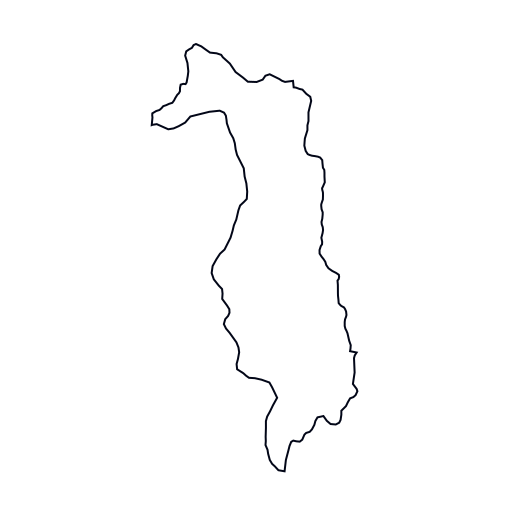 Sipitang, Sabah, Malaysia (orthographic projection), rotated 354°
{"feature_id": "92858781B73026696392194", "entity_name": "Sipitang", "entity_type": "district", "adm_level": 2, "iso_a3": "MYS", "parent_name": "Malaysia", "parent_adm1": "Sabah", "projection": "orthographic", "projection_center": [115.715, 4.645], "detail": "fine", "context": "isolated", "style": "outline", "palette": "ink", "viewbox_px": 512, "rotation_deg": 354, "n_neighbors": 0, "source": "geoboundaries", "source_scale": "gbopen_adm2", "svg_char_len": 3140}
<svg xmlns="http://www.w3.org/2000/svg" viewBox="0 0 512 512"><g transform="rotate(354 256 256)"><path d="M255.9,471.4L261.9,473.1L264.4,462.0L268.0,452.5L269.5,448.4L271.6,444.5L273.8,443.5L276.7,444.5L280.1,445.2L282.8,443.5L285.5,438.7L287.4,437.2L291.0,436.5L293.5,434.3L296.4,430.0L297.8,426.3L300.3,422.9L306.3,422.2L309.2,427.3L312.6,430.9L317.7,431.9L321.3,430.5L323.0,427.8L324.3,422.7L324.7,418.8L329.8,414.7L332.0,411.1L334.7,407.4L338.1,406.5L340.5,404.8L342.7,401.1L342.2,398.7L339.0,393.4L341.9,382.2L342.8,367.8L343.8,365.2L346.0,362.5L345.7,362.4L339.6,360.5L340.3,357.9L340.9,354.6L339.8,350.0L338.9,342.4L338.1,339.7L337.3,337.7L336.9,334.9L337.3,331.0L337.9,328.4L339.2,325.8L339.8,324.1L339.8,320.6L339.0,318.0L338.1,316.3L335.6,314.6L334.4,313.2L333.3,311.5L333.4,308.4L333.4,304.0L333.6,301.4L334.4,293.3L334.5,289.0L335.8,287.6L336.5,285.4L336.4,283.3L333.9,281.2L330.2,278.8L326.8,275.8L324.9,272.3L324.3,269.0L322.7,265.9L321.2,263.6L319.5,260.3L319.8,256.7L321.5,252.9L322.9,251.3L323.3,248.8L322.9,244.7L324.6,240.2L325.4,237.2L325.4,234.3L324.7,231.5L324.7,229.0L325.8,225.9L326.6,222.0L326.9,219.5L326.1,216.3L326.1,212.9L326.3,211.4L327.3,209.1L328.4,206.8L328.9,203.3L329.2,200.2L329.1,198.8L328.8,197.1L328.8,195.5L329.8,194.0L332.1,189.9L332.4,184.1L332.8,180.3L332.9,177.5L331.8,175.2L331.8,170.6L331.9,167.6L330.1,164.8L328.0,163.7L325.0,162.8L322.1,162.1L319.8,161.1L318.1,160.1L316.4,156.7L315.6,151.3L316.3,147.3L316.9,144.2L320.3,136.2L320.8,131.4L322.3,127.3L323.2,118.6L327.1,107.5L326.6,103.3L323.0,100.0L319.6,95.4L316.7,94.4L313.3,92.7L311.1,92.2L311.1,88.3L311.1,85.7L303.1,85.9L300.2,84.5L298.6,83.2L297.8,82.5L288.6,76.7L284.2,77.7L281.1,81.3L274.8,83.0L266.1,81.8L261.7,77.2L254.9,70.9L250.1,61.9L243.8,54.9L242.4,52.3L238.0,50.3L231.5,48.9L227.6,45.5L223.5,41.8L218.4,38.9L216.0,39.7L214.0,42.3L211.1,43.5L208.0,45.2L206.5,49.3L208.0,56.9L208.0,61.0L208.0,65.3L207.0,69.7L205.8,73.8L205.1,76.2L203.9,77.7L201.7,77.2L199.0,77.7L198.0,80.8L197.6,84.2L196.3,86.1L194.6,87.4L192.2,90.5L190.8,92.7L188.8,94.9L185.4,95.6L182.5,96.6L179.4,97.3L177.4,99.2L175.3,100.7L171.9,101.4L167.8,103.3L167.5,105.3L167.5,107.4L166.0,114.9L166.8,114.7L171.1,114.5L182.0,120.8L187.4,120.5L192.7,118.8L199.5,115.9L205.3,110.4L224.7,107.7L235.1,107.7L239.2,110.1L240.7,113.3L240.9,117.6L240.9,121.0L243.1,130.5L245.7,136.5L246.7,141.6L246.9,147.9L247.7,153.5L253.0,167.5L253.0,175.8L254.0,182.8L254.0,191.0L252.8,198.3L249.6,201.0L245.5,204.1L243.3,208.7L240.2,217.7L237.2,223.2L235.3,228.6L232.6,235.1L225.4,246.3L220.5,249.9L216.2,255.2L211.8,261.5L210.1,268.3L211.6,274.8L215.9,281.6L218.8,285.3L218.8,289.9L217.9,295.2L222.0,302.2L223.9,306.1L223.7,309.7L222.0,312.7L218.8,315.6L216.9,320.4L218.6,325.0L221.7,329.6L227.5,339.8L229.0,345.1L229.2,350.0L227.3,356.5L225.4,361.4L225.4,366.7L231.2,371.3L233.6,374.0L236.3,376.4L242.1,377.4L248.6,379.6L256.1,383.2L258.3,388.3L262.2,399.2L257.3,406.2L253.7,412.0L250.3,416.9L248.6,421.2L247.9,428.0L246.7,436.8L246.4,441.1L245.7,445.0L247.2,449.9L247.4,454.0L248.4,460.3L250.3,464.4L252.7,467.1L255.9,471.4Z" fill="none" stroke="#020617" stroke-width="2"/></g></svg>